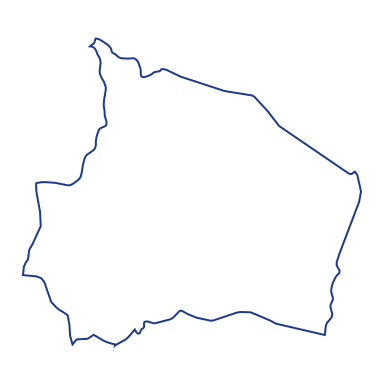 the border of Negeri Sembilan
{"feature_id": "MYS-1146", "entity_name": "Negeri Sembilan", "entity_type": "State", "adm_level": 1, "iso_a3": "MYS", "parent_name": "Malaysia", "parent_adm1": "", "projection": "mercator", "projection_center": [102.11, 2.837], "detail": "fine", "context": "isolated", "style": "outline", "palette": "blue", "viewbox_px": 384, "rotation_deg": 0, "n_neighbors": 0, "source": "natural_earth", "source_scale": "10m", "svg_char_len": 2657}
<svg xmlns="http://www.w3.org/2000/svg" viewBox="0 0 384 384"><path d="M114.9,345.5L115.0,344.4L109.3,343.0L103.8,340.8L93.7,334.8L87.6,338.8L76.7,339.4L72.5,344.4L70.1,335.8L69.4,324.8L67.7,315.3L61.9,311.3L59.5,310.1L56.2,307.3L51.2,301.9L44.3,282.0L41.3,278.3L36.7,276.4L23.0,275.1L23.9,266.6L25.9,262.3L27.9,259.5L28.4,256.9L29.0,250.9L29.5,249.3L32.4,244.4L40.7,226.2L40.1,212.2L36.4,191.6L36.1,186.3L36.2,183.3L36.8,183.0L41.6,182.2L44.5,182.1L55.0,182.8L67.7,185.3L69.1,185.4L71.1,184.8L73.4,183.5L77.6,180.4L79.4,178.6L80.5,177.1L81.6,173.3L82.9,165.1L84.5,158.7L85.4,156.9L86.1,155.7L86.8,154.9L93.2,150.4L94.4,149.1L95.2,147.8L95.8,145.4L95.9,144.1L95.8,141.3L96.6,136.7L98.0,132.2L98.9,130.0L99.9,128.6L100.9,128.0L103.6,126.9L105.5,125.9L106.3,124.7L106.6,123.3L106.3,120.8L104.8,116.0L104.5,110.5L103.7,105.3L104.0,100.3L105.8,89.7L105.7,87.0L105.4,85.9L104.6,83.6L104.1,82.5L103.7,81.4L101.4,77.5L100.1,74.3L99.8,73.0L99.6,71.6L100.6,62.5L100.4,61.2L100.2,59.9L99.4,57.7L97.2,53.7L96.0,50.4L94.8,48.5L94.0,47.7L92.1,46.6L90.0,46.4L91.7,44.8L92.6,44.3L93.6,43.7L94.3,42.8L94.7,41.7L94.9,40.5L95.3,39.4L96.0,38.5L98.1,38.9L101.2,40.4L107.6,44.7L110.0,47.1L111.3,49.2L111.4,50.6L111.8,51.7L112.4,52.6L113.3,53.2L115.3,54.3L117.0,55.7L117.7,56.4L118.9,57.4L120.1,57.9L122.0,58.3L128.4,58.6L133.0,58.2L134.4,58.5L135.8,59.2L137.5,61.1L138.4,62.6L139.6,66.5L140.1,67.5L140.5,68.7L140.7,69.9L140.8,74.0L141.0,75.3L141.5,76.4L142.6,77.0L144.2,77.1L147.4,76.2L150.6,74.9L153.3,72.9L154.2,72.3L155.4,71.9L159.2,71.3L160.2,70.7L160.9,70.0L161.6,69.1L163.6,69.1L166.8,70.0L180.7,76.7L223.5,90.7L226.1,91.3L252.4,95.5L254.7,97.1L268.3,111.9L268.9,112.8L279.1,126.0L348.4,173.3L349.5,173.7L350.5,174.0L351.7,173.9L352.6,173.4L353.3,172.7L354.2,172.1L355.0,171.7L357.4,175.3L361.0,191.5L359.1,201.9L339.8,252.7L336.7,262.0L336.7,263.7L336.8,265.7L338.4,268.3L339.5,270.6L339.5,272.0L339.1,273.1L336.8,275.5L335.7,277.0L334.6,279.1L332.5,283.9L331.7,287.0L331.1,290.8L331.4,292.5L331.8,294.4L332.4,295.9L333.0,298.6L332.6,300.3L330.7,304.6L330.4,306.2L331.2,310.3L332.2,313.3L332.3,314.5L331.9,316.4L331.1,318.0L326.9,323.0L325.8,326.1L324.8,335.0L275.7,323.6L270.6,320.7L250.7,312.3L240.2,312.0L236.8,312.6L213.5,320.4L210.7,320.7L196.6,317.7L187.9,314.2L182.0,310.9L180.8,310.7L180.0,310.8L178.9,311.7L173.2,317.6L171.9,318.4L170.3,319.3L155.8,323.1L153.8,323.3L147.2,321.4L145.5,321.6L144.5,322.0L144.2,322.6L144.0,323.4L144.1,326.9L143.6,327.7L143.0,328.3L141.8,329.0L141.0,330.0L139.8,333.1L138.8,333.6L137.7,333.5L136.8,332.7L136.1,331.8L134.8,329.5L129.0,336.4L126.1,339.2L115.0,345.4L114.9,345.5Z" fill="none" stroke="#1e3a8a" stroke-width="2"/></svg>